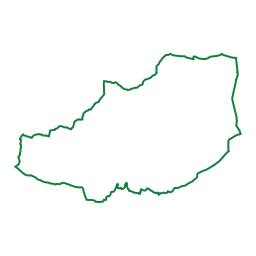 outline of Nucet, Bihor, Romania
{"feature_id": "2599482B33433612869061", "entity_name": "Nucet", "entity_type": "district", "adm_level": 2, "iso_a3": "ROU", "parent_name": "Romania", "parent_adm1": "Bihor", "projection": "albers", "projection_center": [22.608, 46.495], "detail": "fine", "context": "isolated", "style": "outline", "palette": "green", "viewbox_px": 256, "rotation_deg": 0, "n_neighbors": 0, "source": "geoboundaries", "source_scale": "gbopen_adm2", "svg_char_len": 5752}
<svg xmlns="http://www.w3.org/2000/svg" viewBox="0 0 256 256"><path d="M213.7,165.4L219.5,161.0L222.9,157.2L225.7,153.8L228.8,151.0L228.3,148.8L228.4,141.1L229.2,139.4L231.5,138.2L235.6,135.6L238.3,134.6L240.6,134.0L239.4,130.4L236.2,125.5L236.6,123.5L236.5,122.3L237.0,120.7L236.6,119.2L236.5,116.9L235.5,112.9L232.2,99.2L232.6,96.4L233.3,92.8L234.4,88.3L236.0,80.9L235.9,80.2L236.9,77.7L237.8,74.4L237.7,73.7L237.2,72.4L237.6,72.3L236.0,57.9L232.2,57.6L228.4,56.5L226.3,55.9L225.4,55.5L223.9,55.2L223.3,55.1L222.2,53.9L219.3,55.3L217.9,55.7L215.8,56.1L211.6,56.5L209.8,56.9L208.1,58.2L207.0,58.4L206.3,58.8L205.3,59.0L202.9,59.0L199.6,58.5L198.3,58.2L197.2,57.6L195.4,56.5L193.8,56.5L193.3,57.5L193.5,59.2L186.1,57.4L184.8,56.3L180.3,56.2L173.8,55.4L169.9,53.9L168.5,54.9L165.7,55.1L165.0,55.7L164.3,56.7L162.4,58.2L161.6,59.4L160.8,60.7L159.4,62.3L158.7,64.1L156.7,66.1L156.3,67.8L156.6,69.0L156.6,70.1L156.4,70.9L156.5,71.5L156.3,72.3L156.7,72.8L156.4,73.2L156.1,73.4L155.6,74.0L155.5,74.4L155.2,74.7L152.7,75.6L151.4,77.0L150.1,78.1L148.8,78.4L146.8,79.3L146.0,79.2L144.8,80.0L143.7,81.0L143.5,81.4L142.9,82.3L142.7,83.0L142.7,84.2L142.0,84.7L139.9,85.4L138.6,86.3L137.2,87.7L136.6,87.7L135.9,87.8L134.5,87.8L132.8,88.5L130.5,89.1L129.8,89.6L129.0,89.9L128.2,90.1L126.9,89.5L125.1,89.3L124.2,89.1L123.6,88.8L122.3,87.6L121.8,87.4L120.9,86.2L118.2,84.6L116.7,82.8L115.8,82.3L115.5,82.3L114.4,82.8L113.6,83.0L112.7,83.0L111.3,82.5L110.0,81.7L109.3,81.8L107.9,82.0L107.0,81.5L105.4,81.2L104.0,81.2L103.8,84.6L104.2,94.3L99.7,99.8L99.6,100.1L99.3,100.4L99.1,100.9L98.9,101.7L98.8,101.9L98.3,102.2L96.9,102.4L96.1,102.7L95.8,102.9L95.7,103.2L95.2,103.9L94.5,104.0L93.7,105.4L93.6,105.8L93.2,106.4L92.6,106.9L92.5,107.2L92.1,107.6L91.8,108.1L91.3,109.2L90.6,109.5L90.1,109.5L89.3,109.3L88.8,109.5L88.4,110.4L86.8,110.8L86.5,111.0L85.7,111.6L85.2,111.8L84.9,112.3L84.6,112.4L83.7,113.2L83.4,113.9L83.1,115.7L82.4,117.0L82.3,117.6L82.5,119.5L82.2,119.6L81.5,119.3L80.5,119.7L80.1,119.6L79.8,119.4L79.1,119.3L78.5,119.4L78.5,119.5L77.8,119.5L76.0,120.7L74.6,121.4L73.1,127.1L71.9,128.2L71.1,128.5L71.1,129.2L70.4,129.0L69.1,128.6L66.5,127.3L64.2,127.4L61.8,126.3L61.2,126.1L60.2,126.2L59.8,126.1L59.3,126.3L58.5,127.2L57.9,127.6L56.9,128.6L55.6,128.7L55.2,128.9L55.0,129.2L55.0,129.7L54.1,130.0L51.4,130.3L50.2,130.6L48.9,136.3L48.0,136.2L47.0,135.8L46.5,135.5L45.5,135.7L45.0,135.5L44.4,135.5L43.9,135.4L43.4,135.6L43.0,135.5L42.6,135.4L42.1,134.9L41.9,134.8L41.5,134.4L41.1,134.3L40.6,134.6L40.2,134.4L39.9,134.4L39.1,134.1L38.3,134.1L36.9,134.5L35.6,134.6L35.0,134.9L34.3,135.1L33.0,136.2L32.6,136.5L32.4,136.8L31.6,137.5L31.6,137.8L24.0,135.4L23.2,134.5L22.8,134.9L22.4,135.1L21.8,135.7L21.5,136.2L21.1,137.1L20.8,137.4L20.3,138.4L19.9,138.7L19.8,139.0L21.1,140.0L20.6,142.5L20.6,142.9L20.4,143.3L20.2,143.7L20.2,144.0L21.0,145.3L21.0,146.9L20.9,147.4L20.6,148.4L20.5,149.1L20.6,150.4L20.4,151.6L20.1,152.2L20.1,153.1L19.9,154.2L20.1,154.9L19.2,156.0L18.8,156.5L18.7,156.8L18.4,157.0L18.3,157.5L18.8,158.3L18.8,158.8L19.2,159.4L19.5,160.5L19.6,161.4L19.4,162.2L19.2,162.8L19.0,163.7L18.4,164.7L16.4,165.9L15.8,166.5L15.4,166.7L15.9,167.3L16.6,167.8L17.5,168.1L18.2,168.7L18.5,169.0L18.9,169.7L21.0,171.2L21.3,171.6L22.0,172.2L22.6,173.0L23.2,173.2L23.9,173.7L24.7,174.3L25.0,174.6L27.0,175.2L28.8,175.6L30.4,175.3L31.4,175.5L31.9,175.7L32.5,176.1L33.9,176.7L35.0,177.2L36.0,177.8L36.5,178.5L37.5,179.2L39.5,180.1L40.3,180.1L40.7,180.3L41.6,181.0L43.1,181.6L45.6,182.4L47.7,182.5L49.6,183.0L51.1,183.6L54.2,183.9L54.9,184.4L55.2,184.4L55.6,184.4L56.3,184.0L57.2,183.9L59.0,184.1L60.0,184.1L62.2,182.8L63.4,182.9L64.3,183.0L68.0,184.2L70.2,185.1L75.7,187.0L77.5,187.3L81.0,187.3L82.1,187.4L82.5,187.8L83.1,188.8L83.3,189.4L83.6,191.4L84.1,192.9L84.6,194.7L86.5,199.7L88.3,199.9L91.9,200.0L93.1,200.2L93.8,200.5L94.4,200.5L94.8,200.8L95.2,201.5L95.5,201.8L96.6,201.8L97.2,201.6L98.1,202.0L99.2,202.1L102.8,201.5L103.1,201.4L103.5,201.0L103.8,200.0L103.9,199.8L104.3,199.7L105.1,199.9L105.9,199.9L106.2,199.7L106.1,198.1L106.1,197.7L106.2,197.4L107.5,196.1L108.0,196.1L108.8,196.3L109.2,196.2L110.5,194.9L110.5,194.1L110.6,193.4L111.2,192.1L111.7,191.9L113.1,191.8L113.9,191.4L114.4,190.9L116.5,186.5L116.9,184.7L117.3,184.1L117.7,184.2L118.0,184.4L118.1,184.7L118.1,185.0L117.4,186.6L117.3,187.1L117.6,187.9L117.9,188.0L118.4,188.0L119.9,188.5L120.5,187.8L121.1,188.1L121.6,188.8L122.0,189.1L122.7,189.2L122.9,189.0L123.3,188.4L124.4,187.9L124.8,187.4L125.0,185.7L125.2,184.5L125.8,183.5L126.1,183.1L126.3,182.9L126.6,183.0L126.8,183.3L126.9,183.7L127.0,186.4L127.4,187.5L127.5,188.0L127.7,188.4L127.9,188.9L128.8,189.3L128.9,190.2L129.2,190.8L129.7,191.2L131.1,191.1L132.1,191.5L132.8,192.1L132.9,192.4L134.2,192.4L135.6,193.0L136.7,193.1L137.1,193.0L138.0,193.0L138.5,193.2L138.9,193.5L139.1,193.8L140.2,193.6L140.2,192.0L140.8,191.7L141.0,189.6L141.1,189.3L142.8,190.1L143.4,190.2L144.2,190.6L145.2,190.4L145.8,190.2L146.8,188.8L146.9,188.5L147.2,188.4L149.1,189.1L149.8,189.8L150.2,189.9L150.8,190.5L152.3,191.2L153.2,192.1L153.6,192.3L154.4,192.4L154.9,192.9L155.3,193.0L155.7,192.8L156.1,193.0L156.5,193.0L157.5,192.6L158.1,193.2L158.5,193.1L158.5,193.3L158.4,194.1L158.4,194.3L158.8,194.8L158.9,194.7L158.9,194.3L159.1,194.1L160.0,193.8L160.5,193.3L161.0,193.4L161.5,193.3L161.8,193.0L163.0,192.7L164.1,192.7L164.5,193.1L165.4,193.1L166.3,192.9L167.8,192.4L167.9,191.4L169.9,192.0L171.2,192.2L172.5,191.1L174.2,188.4L174.6,188.1L175.0,187.9L176.4,188.1L178.3,187.9L182.3,186.0L184.0,185.9L185.1,185.6L186.2,184.9L187.0,184.3L189.5,182.9L190.6,182.2L191.9,181.7L197.0,177.4L197.2,176.8L197.2,175.2L197.3,174.4L197.5,174.0L198.2,173.1L203.1,170.9L206.5,169.6L209.7,167.9L211.4,166.6L213.7,165.4Z" fill="none" stroke="#15803d" stroke-width="2"/></svg>